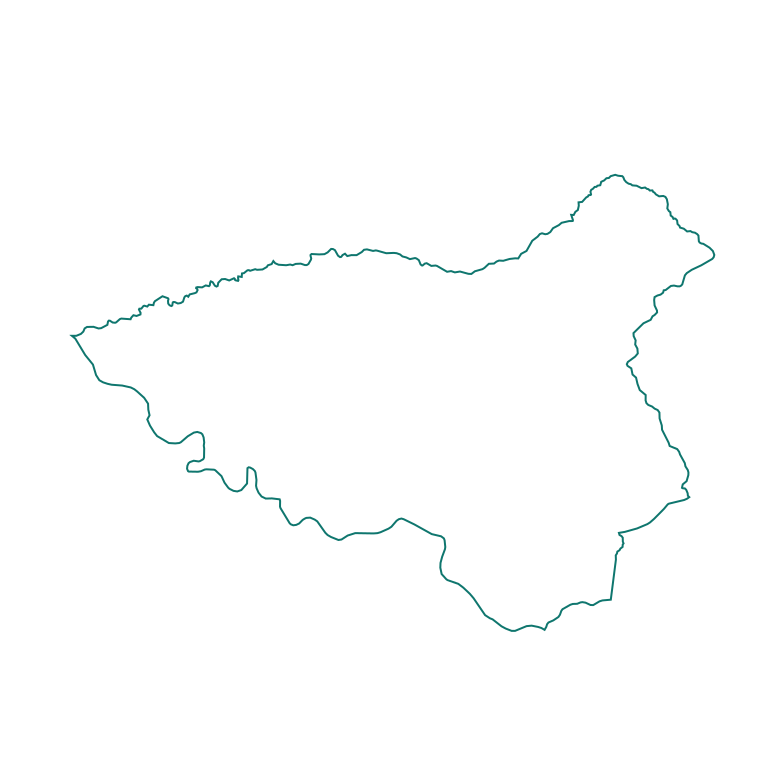 the district of Marsella, Risaralda, Colombia, rotated 276°
{"feature_id": "7082276B48757885087630", "entity_name": "Marsella", "entity_type": "district", "adm_level": 2, "iso_a3": "COL", "parent_name": "Colombia", "parent_adm1": "Risaralda", "projection": "albers", "projection_center": [-75.739, 4.958], "detail": "fine", "context": "isolated", "style": "outline", "palette": "teal", "viewbox_px": 768, "rotation_deg": 276, "n_neighbors": 0, "source": "geoboundaries", "source_scale": "gbopen_adm2", "svg_char_len": 6153}
<svg xmlns="http://www.w3.org/2000/svg" viewBox="0 0 768 768"><g transform="rotate(276 384 384)"><path d="M161.3,516.6L155.3,526.2L153.5,530.6L151.8,536.8L152.2,540.2L158.1,551.1L159.1,556.1L158.5,562.6L157.8,566.0L156.3,569.4L159.5,570.8L162.1,571.3L164.0,572.5L166.6,577.1L170.5,581.8L172.9,583.1L177.0,584.1L178.7,585.1L184.0,592.5L185.0,594.8L185.6,599.1L187.3,602.2L187.8,604.1L187.6,607.3L185.8,612.5L186.0,615.2L190.4,621.1L191.6,623.9L193.2,632.1L233.6,633.0L237.8,632.4L239.8,633.4L241.7,633.6L243.3,635.6L245.0,636.3L246.9,638.3L249.3,638.2L250.5,638.9L252.2,638.0L256.1,637.5L257.5,636.2L258.5,634.0L260.5,633.2L262.1,639.0L266.8,650.8L272.2,660.6L274.1,663.0L278.1,666.7L289.1,675.5L294.0,678.8L294.8,679.9L300.0,694.6L301.6,697.4L303.4,699.4L304.6,697.9L307.1,697.4L310.4,695.6L311.6,694.1L311.5,692.2L311.9,691.2L315.4,691.6L319.0,695.1L325.2,696.2L327.9,696.0L330.2,695.1L333.6,692.4L336.8,691.4L344.8,685.8L347.4,684.6L349.9,682.4L352.2,674.6L355.4,673.2L367.6,665.3L371.8,664.6L378.5,661.7L384.4,660.9L386.7,658.9L387.8,655.7L389.6,653.0L390.8,649.0L392.4,647.0L395.0,645.9L400.4,645.4L404.7,639.0L410.6,636.1L416.7,634.0L419.4,630.2L425.4,628.3L427.5,624.3L429.1,623.4L431.4,624.2L437.5,630.9L440.9,633.2L445.7,632.3L449.5,629.7L453.7,629.7L457.7,627.3L460.7,626.8L471.5,635.7L475.7,642.5L479.4,644.0L480.9,645.9L483.7,648.1L485.6,647.8L490.4,644.9L495.7,643.9L498.7,644.0L500.6,646.7L501.8,649.7L504.0,652.0L506.4,652.4L506.9,654.3L511.5,659.1L512.2,662.1L511.8,665.8L512.0,667.8L512.7,669.0L514.2,670.2L523.5,671.9L525.9,673.5L529.8,678.2L535.2,687.1L542.7,697.4L544.5,698.6L546.9,699.0L550.6,697.2L553.6,693.5L556.8,686.9L556.9,684.9L557.7,683.1L558.9,682.2L564.5,681.2L565.8,679.8L567.0,677.4L567.2,674.7L568.1,672.8L567.4,669.5L569.8,665.9L570.5,662.1L572.0,661.4L573.8,659.2L577.3,658.4L578.8,656.7L579.0,655.9L578.5,654.6L580.3,653.5L581.5,651.5L584.8,650.8L585.8,649.2L588.2,647.4L592.4,647.5L597.3,646.0L599.5,644.3L600.2,642.1L599.4,638.0L601.0,634.6L602.7,632.9L603.1,631.7L604.6,630.7L604.2,628.1L605.4,626.6L605.6,625.0L606.7,623.1L605.7,619.6L607.6,614.5L607.5,610.2L608.5,608.6L608.8,606.3L610.1,603.8L612.1,601.7L614.6,600.4L615.6,599.3L615.6,595.0L616.2,592.1L614.4,587.7L612.4,586.1L611.9,583.7L609.5,581.7L607.8,578.9L604.3,578.3L603.5,575.5L602.3,574.7L602.0,572.9L599.9,571.3L598.8,569.8L596.8,569.2L594.2,570.1L593.6,569.8L593.1,567.7L591.8,567.2L590.7,565.6L585.8,562.0L585.0,558.5L581.6,559.1L577.3,558.6L575.2,556.3L571.9,555.0L571.8,552.5L566.7,554.8L565.8,554.6L565.4,551.1L562.9,543.8L560.3,541.3L556.6,535.8L552.5,533.5L550.4,530.9L549.8,528.7L550.4,525.4L549.4,523.3L546.6,521.4L542.0,516.5L531.2,511.8L527.8,506.8L522.9,504.4L522.7,501.3L521.5,495.9L519.0,489.7L518.8,485.5L517.5,483.1L515.3,480.8L514.5,475.7L510.0,471.8L508.5,469.9L505.6,462.6L502.6,459.4L502.4,456.4L503.8,447.8L502.4,442.8L503.3,438.9L502.2,435.0L507.0,424.3L507.2,422.8L506.4,418.7L508.6,413.8L508.0,412.0L505.9,410.0L505.8,409.4L506.7,407.9L510.8,405.7L512.2,403.2L512.5,401.7L510.9,396.7L512.2,393.0L512.8,389.0L514.5,386.5L515.4,382.9L515.4,380.0L514.3,372.6L515.9,363.2L516.0,361.9L515.2,359.2L516.1,353.0L515.4,350.1L512.9,348.1L509.3,343.3L508.8,338.2L507.4,334.1L509.5,331.6L507.9,329.3L506.0,328.2L505.6,327.0L506.8,324.9L512.0,321.2L512.9,319.1L512.8,317.3L509.0,314.2L506.9,311.2L506.1,306.0L505.7,298.4L504.8,297.5L503.9,297.5L501.3,298.5L499.9,298.3L495.4,296.3L494.2,294.7L494.0,293.0L495.0,288.6L494.2,283.6L492.6,280.7L493.0,278.2L491.9,274.3L491.6,266.7L492.7,263.2L494.7,261.1L491.5,259.7L489.9,256.1L488.1,255.2L485.2,251.2L484.3,245.8L484.7,243.9L482.6,239.0L483.1,237.7L482.8,236.3L479.6,233.1L479.1,231.2L475.6,231.3L475.8,227.8L474.5,227.7L472.0,228.4L471.3,228.1L471.6,225.5L472.1,224.8L473.0,224.6L473.5,223.8L470.8,219.2L471.8,215.0L471.2,211.6L467.4,208.6L464.1,208.3L463.4,207.2L464.1,205.5L467.3,203.0L468.0,201.1L466.9,200.6L463.8,200.4L463.0,199.7L463.4,196.4L461.1,193.0L460.9,188.5L460.4,187.2L459.7,187.1L458.8,188.4L457.9,188.8L455.5,187.9L454.6,186.4L452.8,181.4L450.3,180.2L451.3,178.6L450.6,177.2L449.3,176.4L444.9,175.5L443.3,173.4L442.5,170.6L443.6,167.4L443.5,165.9L443.0,165.4L439.9,165.2L439.3,164.3L439.9,162.5L441.4,161.0L444.1,160.5L445.9,160.8L446.7,160.2L448.1,154.5L442.4,147.5L440.8,146.7L438.3,146.4L438.3,141.9L436.3,140.5L436.8,137.4L436.4,136.6L433.6,134.8L433.3,132.8L432.4,132.5L429.3,134.5L427.7,134.5L425.8,130.8L426.2,127.6L423.6,125.7L421.9,125.2L421.6,115.9L420.9,114.5L417.3,111.2L416.8,110.2L416.8,107.7L418.3,104.8L418.2,103.6L417.2,103.0L413.9,102.7L410.0,96.9L409.4,94.3L410.5,89.1L409.7,82.7L408.0,80.5L404.7,79.5L402.1,77.3L399.8,73.0L399.3,68.6L396.8,72.3L381.6,83.8L372.9,92.5L362.8,96.7L358.0,100.5L356.3,104.4L355.3,109.0L354.8,113.2L355.1,123.8L354.1,132.5L352.7,136.2L350.9,139.1L345.2,146.9L339.8,151.4L333.8,152.3L328.4,154.1L324.0,152.3L318.2,155.6L311.9,160.5L308.5,163.8L302.8,176.2L303.1,182.6L303.9,186.5L304.8,188.0L311.5,194.3L315.8,200.0L316.8,203.3L316.1,207.0L315.0,208.6L312.0,210.2L307.1,211.3L303.8,211.2L301.2,211.9L292.0,212.7L290.3,212.1L288.0,208.9L287.6,207.6L287.8,202.8L286.1,199.2L284.8,197.9L282.1,197.0L279.1,197.0L276.8,198.3L276.5,199.1L277.3,208.2L278.1,211.0L280.2,214.7L280.6,216.4L281.0,224.0L280.6,225.2L275.4,232.0L269.2,235.7L264.6,239.9L263.6,241.3L262.0,245.5L261.8,249.3L263.6,253.2L270.7,258.2L286.0,257.0L287.0,258.1L286.9,259.6L285.7,262.5L284.0,264.6L282.6,265.4L275.2,267.2L269.4,267.4L267.0,268.2L262.8,270.6L259.3,274.0L257.7,278.4L258.5,284.5L258.4,292.3L256.9,292.9L251.2,293.4L249.8,294.0L235.7,304.7L234.7,306.0L234.0,308.5L234.7,311.4L236.4,314.2L240.3,317.3L241.8,319.2L242.7,320.7L243.4,324.6L241.9,329.3L240.4,332.0L229.9,341.2L227.9,343.7L226.3,347.3L224.1,355.0L224.9,358.0L229.5,363.7L232.7,371.0L234.3,389.2L235.0,393.1L236.2,396.0L240.6,403.6L242.8,406.3L249.3,410.8L251.1,412.9L252.0,415.4L251.6,417.7L247.5,428.9L239.7,447.2L238.5,456.7L236.7,459.7L234.9,460.6L228.3,462.0L226.1,461.9L218.3,459.9L212.0,458.9L207.2,459.2L201.0,461.2L196.4,466.3L195.6,467.7L193.0,478.8L189.8,484.1L184.3,491.3L180.3,495.5L164.7,508.7L162.1,513.8L161.3,516.6Z" fill="none" stroke="#0f766e" stroke-width="2"/></g></svg>